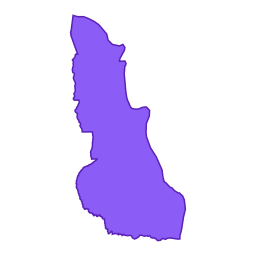 the district of Sene East, Brong Ahafo, Ghana
{"feature_id": "2480657B21050367867823", "entity_name": "Sene East", "entity_type": "district", "adm_level": 2, "iso_a3": "GHA", "parent_name": "Ghana", "parent_adm1": "Brong Ahafo", "projection": "equal_earth", "projection_center": [-0.307, 7.665], "detail": "fine", "context": "isolated", "style": "filled", "palette": "violet", "viewbox_px": 256, "rotation_deg": 0, "n_neighbors": 0, "source": "geoboundaries", "source_scale": "gbopen_adm2", "svg_char_len": 5422}
<svg xmlns="http://www.w3.org/2000/svg" viewBox="0 0 256 256"><path d="M146.3,123.7L149.3,116.0L149.6,110.4L146.4,107.0L144.4,107.0L141.7,107.6L138.9,108.9L135.8,109.2L131.9,108.5L130.1,106.3L129.1,103.6L127.4,99.9L126.7,97.3L125.8,91.5L124.2,73.7L124.4,72.1L124.8,66.3L125.7,65.3L126.0,63.3L124.9,61.0L119.4,61.3L120.0,58.4L124.4,50.3L124.9,47.5L122.9,44.4L119.5,45.9L112.5,44.5L108.1,40.2L106.7,34.0L98.9,24.8L94.7,21.8L88.9,18.7L83.7,16.7L77.9,16.7L73.5,15.6L73.1,15.4L71.2,30.3L71.1,30.8L70.9,31.0L70.9,31.3L70.9,31.5L70.7,31.9L70.6,32.6L70.9,34.0L71.1,34.1L71.1,34.4L71.2,34.6L70.9,35.3L77.6,54.1L76.4,53.9L75.9,54.2L75.3,54.7L75.2,56.0L74.9,57.2L72.4,60.0L73.2,61.2L73.4,61.7L73.3,62.5L73.1,63.4L73.4,66.0L73.2,66.6L72.8,67.1L72.3,69.9L72.9,72.6L73.4,72.6L74.1,73.1L74.3,74.6L73.3,77.8L73.7,79.1L74.3,80.6L75.4,82.7L75.4,83.9L74.8,86.0L75.1,88.5L75.2,90.0L75.2,91.3L74.8,92.3L73.9,93.5L74.0,94.0L74.4,95.1L74.4,95.5L74.6,96.0L74.5,97.1L74.0,97.3L73.5,98.0L73.4,99.1L73.8,99.8L74.3,100.1L78.9,100.2L79.0,100.8L79.2,101.4L79.2,101.7L79.1,102.2L79.1,103.3L78.5,103.9L78.1,104.7L77.9,105.8L77.8,106.1L77.4,106.5L76.6,107.4L76.6,108.4L76.4,109.0L75.8,109.3L75.1,110.1L75.0,110.7L75.1,111.2L75.5,112.1L77.4,113.6L77.3,114.3L77.3,115.2L77.1,115.8L77.1,117.6L77.5,118.4L77.7,119.0L78.4,119.9L78.8,120.7L79.0,122.1L80.3,123.2L80.6,123.6L80.6,124.3L79.9,125.8L82.0,129.3L82.2,131.9L92.5,131.9L92.7,135.2L92.9,135.9L93.0,136.4L93.1,138.3L92.8,139.6L92.8,140.9L92.4,142.6L92.6,142.9L92.4,143.8L92.5,145.5L91.9,148.6L91.6,149.4L90.9,150.9L90.5,152.4L90.9,153.7L90.8,154.7L90.9,155.9L91.2,157.3L91.6,157.7L91.6,158.9L91.6,159.1L92.4,159.0L93.5,159.1L94.0,158.9L94.9,159.0L95.4,158.9L96.4,159.1L97.0,159.0L96.9,159.4L96.1,160.2L95.4,160.6L94.5,161.5L93.4,162.2L93.2,162.2L92.5,162.9L92.5,163.2L92.4,163.2L92.3,163.3L92.0,163.4L91.5,163.8L91.3,164.2L90.7,164.6L90.4,164.4L90.3,164.5L90.1,164.4L89.5,164.6L88.8,165.0L88.4,165.7L88.1,166.0L87.9,166.1L87.6,166.1L87.4,165.9L87.2,166.0L87.1,165.9L86.8,166.0L86.5,166.3L86.3,166.3L85.7,166.6L85.3,166.8L85.1,166.8L84.7,166.8L84.3,167.2L83.3,167.7L83.0,168.1L82.9,168.4L82.9,168.8L82.4,169.2L82.2,169.5L81.0,170.7L81.0,170.9L80.8,171.2L80.7,171.1L80.6,171.4L80.3,171.6L79.7,172.4L79.4,172.6L79.3,172.9L79.4,173.1L78.9,173.9L78.6,174.6L78.6,175.0L78.5,175.3L78.1,175.7L78.0,175.9L77.8,175.9L77.8,176.1L77.6,176.6L77.4,177.4L77.2,178.0L77.1,179.2L76.9,179.9L76.5,180.4L76.4,181.1L76.4,182.4L76.6,183.0L76.1,183.6L76.2,184.0L76.7,184.5L76.8,185.3L76.5,185.8L76.4,186.5L76.3,186.8L76.4,187.3L76.9,188.5L77.1,188.7L77.3,188.9L77.5,189.7L77.7,190.0L77.8,190.5L78.0,191.2L78.1,191.5L78.3,192.6L78.3,192.8L78.7,193.9L78.9,193.9L79.0,194.7L79.0,195.0L79.3,195.5L79.4,196.0L79.6,196.1L79.6,196.3L79.9,196.7L80.0,196.9L80.0,197.2L79.9,197.5L80.0,198.2L79.8,198.6L79.9,198.8L80.4,199.2L80.6,199.6L80.9,199.7L81.2,200.0L81.5,200.7L81.5,201.2L82.2,202.0L82.2,202.5L82.2,202.8L82.2,203.9L82.3,204.0L82.5,204.3L82.8,204.4L82.9,204.5L82.9,204.8L83.0,205.0L83.0,205.4L82.8,205.9L82.8,206.1L82.9,206.3L83.0,206.5L83.2,207.3L83.5,207.6L83.8,207.8L83.9,208.0L84.0,208.2L84.4,208.8L84.5,209.2L84.7,209.3L85.0,209.3L85.3,209.2L85.4,208.8L85.6,208.7L86.0,208.8L86.4,208.8L86.6,208.7L86.8,208.8L87.0,208.6L87.5,208.7L87.7,209.1L87.9,209.1L88.3,209.3L88.7,209.4L88.4,211.0L88.7,211.3L88.8,211.4L88.8,211.9L89.0,212.0L89.3,212.3L89.5,212.3L89.6,212.5L90.1,213.0L90.7,213.0L91.0,212.8L91.5,213.0L91.8,212.9L92.3,213.5L92.9,213.5L93.0,213.7L92.7,213.9L92.7,214.3L93.2,214.7L93.7,214.8L93.8,215.0L93.8,215.3L93.7,215.6L93.9,215.7L94.1,215.7L94.4,215.4L94.4,215.1L94.8,215.2L95.3,215.0L95.7,214.8L96.2,214.7L96.3,214.8L96.4,215.6L96.6,216.2L96.9,216.3L97.2,216.3L97.4,216.4L97.6,216.5L97.7,216.4L97.8,216.1L98.4,215.3L98.5,215.3L98.8,215.4L99.9,215.0L100.0,215.9L100.4,215.7L100.5,215.8L100.5,216.2L100.7,216.5L101.3,216.6L101.5,216.8L101.7,216.7L101.9,216.8L101.9,217.1L102.3,217.2L102.2,217.5L102.3,217.7L102.3,217.9L102.7,218.7L103.2,218.9L103.5,218.8L103.9,218.8L104.0,218.9L104.5,219.0L104.5,219.5L104.4,220.0L104.4,220.3L104.6,220.7L104.6,221.1L104.9,221.6L104.8,222.4L104.7,223.1L105.1,223.7L105.2,224.4L105.2,225.8L105.7,226.7L105.6,227.4L105.4,227.6L105.4,227.8L105.7,228.1L106.3,229.0L107.0,229.1L107.5,229.0L107.8,229.2L107.7,229.4L107.7,229.9L107.7,230.1L107.6,231.5L107.9,231.8L108.4,233.7L108.8,233.8L110.0,232.8L111.2,231.9L111.5,231.3L112.1,231.7L112.0,232.0L112.3,232.6L112.3,233.7L112.3,234.3L113.4,233.9L114.4,233.7L114.7,233.5L114.9,233.5L115.6,233.5L116.6,233.9L117.7,234.0L118.2,233.4L118.3,233.4L118.4,233.6L118.3,234.2L118.4,234.7L118.7,234.8L119.4,234.1L120.1,234.3L120.5,234.3L121.0,234.2L121.3,234.3L121.5,234.5L121.9,235.1L122.0,235.5L122.7,235.4L123.4,234.5L123.7,234.3L124.0,234.4L124.8,235.3L126.0,235.4L127.3,235.7L129.0,235.5L130.7,235.4L131.7,236.0L132.3,237.7L133.6,238.5L134.5,239.0L136.2,238.4L138.5,237.0L140.0,235.1L142.3,235.4L144.3,236.2L146.5,235.8L148.2,236.3L149.7,235.6L150.8,237.4L152.5,238.1L153.8,237.6L155.0,238.6L155.8,238.6L157.5,240.6L160.4,240.3L162.7,238.4L164.2,239.0L165.5,239.3L167.6,238.2L169.8,237.9L172.0,238.2L176.5,238.9L178.8,239.1L179.9,238.9L179.9,235.8L181.5,229.9L183.5,217.0L185.4,209.1L184.3,199.8L182.6,195.9L179.3,192.9L178.2,193.0L174.4,190.6L172.1,188.0L169.9,187.1L165.8,182.7L164.3,181.9L163.0,177.5L162.0,169.8L156.2,156.8L150.5,147.8L146.5,136.9L146.0,131.8L146.2,128.4L146.3,123.7Z" fill="#8b5cf6" stroke="#5b21b6" stroke-width="1.5"/></svg>